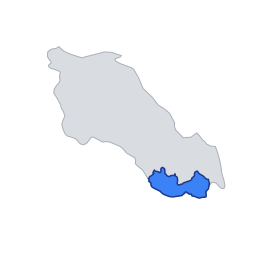 Kukës highlighted on a map of Albania, rotated 135°
{"feature_id": "ALB-1502", "entity_name": "Kukës", "entity_type": "County", "adm_level": 1, "iso_a3": "ALB", "parent_name": "Albania", "parent_adm1": "", "projection": "mercator", "projection_center": [20.174, 42.189], "detail": "fine", "context": "in_parent", "style": "filled", "palette": "blue", "viewbox_px": 256, "rotation_deg": 135, "n_neighbors": 0, "source": "natural_earth", "source_scale": "10m", "svg_char_len": 3468}
<svg xmlns="http://www.w3.org/2000/svg" viewBox="0 0 256 256"><g transform="rotate(135 128 128)"><path d="M82.8,75.9L82.9,72.2L83.8,66.3L83.3,64.3L83.8,60.9L82.1,56.4L79.3,53.2L82.0,47.4L85.9,40.5L89.6,34.9L94.0,29.2L96.9,23.6L100.1,18.8L102.8,17.4L104.2,18.4L104.9,20.5L104.7,26.7L105.7,28.8L107.6,30.4L111.5,29.6L115.9,28.0L121.9,24.8L122.9,25.0L125.1,26.7L129.7,34.1L132.7,40.7L138.7,43.0L142.0,45.5L146.3,49.4L148.4,53.3L151.3,65.1L151.7,72.3L150.8,75.6L150.1,76.4L147.4,88.0L148.1,94.0L148.0,97.8L145.8,99.4L144.3,101.8L146.7,111.5L146.4,115.6L146.5,120.3L150.9,131.0L153.5,134.3L155.8,135.8L158.8,145.7L160.5,147.4L167.7,146.4L171.3,147.5L172.6,149.8L173.0,151.4L172.5,156.9L174.3,161.1L176.7,165.5L176.7,168.1L175.1,172.5L172.2,177.5L168.4,179.4L164.2,181.1L162.2,185.0L161.1,189.2L159.3,192.2L158.1,195.6L156.3,202.5L155.9,205.0L153.0,207.5L148.6,208.6L144.7,208.8L142.0,209.9L140.7,212.3L138.2,214.2L136.6,215.0L136.6,217.1L138.5,221.5L140.6,225.0L140.6,227.8L139.6,228.6L136.4,228.3L135.7,229.3L135.3,232.5L134.5,235.2L133.1,236.8L130.8,238.6L126.6,238.0L122.7,235.3L120.6,234.5L119.4,234.6L119.1,228.0L117.4,222.8L111.1,210.4L90.7,198.3L85.9,192.8L83.7,188.2L81.6,183.9L83.7,183.8L85.7,184.9L88.2,186.2L89.3,184.0L88.1,179.3L82.9,168.2L82.5,165.1L85.1,155.8L89.4,145.3L89.1,132.6L90.4,122.9L88.9,116.7L88.2,109.0L91.4,98.7L94.1,96.2L95.7,93.0L95.8,82.0L89.8,76.9L82.8,75.9Z" fill="#d9dde1" stroke="#a8b0b8" stroke-width="1"/><path d="M150.9,75.6L149.5,76.5L149.4,77.7L148.9,77.7L148.0,78.0L147.0,78.2L143.6,77.5L142.4,77.6L141.8,77.7L141.8,77.9L142.0,78.1L142.2,78.4L141.9,78.7L141.4,79.0L140.6,79.3L139.2,79.5L139.3,79.0L139.0,77.9L137.4,75.5L137.1,74.1L137.1,73.9L136.0,73.7L135.2,74.1L134.9,74.5L134.5,75.0L134.1,75.5L133.5,75.9L132.5,76.1L131.9,76.0L131.5,75.7L131.3,75.3L131.3,74.9L131.3,74.7L131.3,74.4L131.3,74.2L130.9,73.7L131.6,72.3L131.7,72.1L131.9,72.0L132.1,71.9L132.2,71.7L132.4,71.5L132.6,71.2L133.7,70.3L133.8,70.1L133.9,69.7L133.9,69.0L133.9,68.4L133.9,67.9L134.1,67.5L134.2,67.1L134.2,66.6L133.7,65.3L133.5,64.8L132.8,64.3L131.2,64.0L129.9,62.8L129.4,62.1L129.0,61.8L128.7,61.8L128.3,62.1L127.9,62.2L127.3,62.3L127.3,62.1L128.1,61.0L128.4,60.0L128.3,59.5L128.0,58.9L128.2,58.3L129.7,56.2L130.1,55.7L130.6,55.3L131.3,54.9L132.3,54.1L132.8,53.0L132.4,51.7L130.8,51.0L130.3,50.9L130.0,50.6L129.8,50.2L129.4,50.0L129.0,49.9L127.7,50.0L121.4,46.9L120.7,46.7L119.4,46.5L118.4,47.4L115.1,47.2L114.8,47.4L114.4,47.6L113.6,48.5L113.3,48.7L113.0,48.8L112.7,48.9L112.4,49.0L112.1,49.4L110.7,49.2L109.9,48.8L109.5,48.5L109.4,48.2L109.6,47.7L109.7,47.1L109.8,46.8L109.8,46.5L109.8,46.3L109.9,46.0L109.9,45.4L109.7,44.4L109.0,41.8L108.8,40.6L108.7,39.7L108.8,39.1L108.8,37.2L108.6,36.6L108.5,36.1L107.6,35.0L107.5,34.8L107.6,34.5L108.1,34.1L108.3,33.7L108.6,33.0L108.7,32.7L108.9,32.4L109.1,32.2L109.3,31.9L109.5,31.7L109.8,30.9L110.2,30.8L112.3,29.5L112.8,29.1L114.2,28.1L116.9,28.2L118.3,27.7L120.3,25.1L121.5,24.2L122.9,25.0L124.1,26.3L126.9,27.8L127.8,29.0L129.4,32.8L129.7,33.3L130.4,34.0L130.7,34.6L130.7,35.2L130.1,36.1L130.1,36.6L130.3,37.0L131.2,37.8L131.5,38.2L131.6,38.8L131.5,39.8L131.6,40.4L132.1,41.6L132.6,42.1L133.2,42.2L137.0,42.1L137.9,42.3L144.7,47.3L145.7,48.3L146.1,48.8L147.2,50.3L149.3,54.9L149.9,56.9L150.0,58.2L150.0,60.6L150.4,62.0L152.1,66.6L152.4,68.1L152.7,69.1L152.7,70.0L152.1,71.4L151.6,72.0L151.2,72.3L150.9,72.7L150.6,73.6L150.6,74.1L150.9,75.1L150.9,75.6Z" fill="#3b82f6" stroke="#1e3a8a" stroke-width="1.5"/></g></svg>